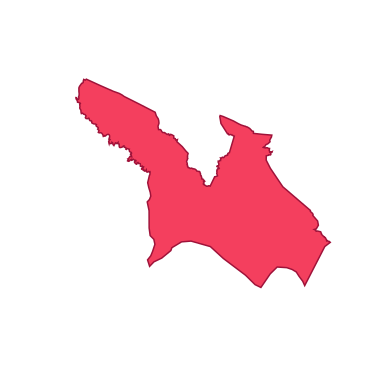 outline of Biakoye, Volta, Ghana, rotated 295°
{"feature_id": "2480657B27736636353654", "entity_name": "Biakoye", "entity_type": "district", "adm_level": 2, "iso_a3": "GHA", "parent_name": "Ghana", "parent_adm1": "Volta", "projection": "orthographic", "projection_center": [0.354, 7.392], "detail": "fine", "context": "isolated", "style": "filled", "palette": "rose", "viewbox_px": 384, "rotation_deg": 295, "n_neighbors": 0, "source": "geoboundaries", "source_scale": "gbopen_adm2", "svg_char_len": 6032}
<svg xmlns="http://www.w3.org/2000/svg" viewBox="0 0 384 384"><g transform="rotate(295 192 192)"><path d="M249.6,48.5L249.1,48.4L248.3,48.0L248.3,46.3L246.4,46.6L246.0,46.9L245.2,47.1L244.1,46.5L243.9,46.1L240.2,45.4L238.5,45.5L235.0,47.2L233.4,48.2L231.6,48.9L230.5,48.9L229.5,49.7L228.4,50.0L227.9,49.9L227.7,49.4L227.9,48.7L228.7,47.5L228.5,46.9L227.8,47.3L227.1,48.0L226.7,48.8L225.7,49.9L225.0,50.3L225.4,52.5L225.1,53.4L224.6,53.4L224.2,53.1L223.7,53.3L222.4,54.2L220.8,54.7L220.2,55.2L219.2,56.7L217.1,57.9L216.3,58.6L217.2,59.5L216.7,61.1L217.0,62.3L216.3,63.7L215.9,63.9L214.6,63.8L214.1,64.2L213.8,65.0L214.4,66.6L215.3,67.2L215.2,67.6L213.8,68.8L213.5,69.7L214.0,70.4L213.7,71.2L212.6,71.8L212.2,72.2L212.2,74.2L212.8,75.9L212.7,76.9L211.9,76.8L211.1,77.6L211.0,78.7L210.7,79.8L210.0,80.1L209.1,79.9L208.4,81.7L206.4,81.9L206.4,82.9L207.2,84.4L207.1,85.5L206.4,86.7L205.7,87.5L206.0,88.6L205.0,88.0L204.9,88.1L205.4,88.4L205.8,89.5L206.6,90.1L207.7,90.4L208.8,91.5L208.9,92.1L208.8,92.8L208.3,93.4L206.9,94.2L205.7,94.1L204.9,95.5L204.4,94.6L203.4,95.3L202.6,95.1L202.0,95.6L201.5,95.8L200.7,96.5L201.7,96.3L201.2,97.1L201.6,98.1L202.5,98.8L203.2,98.4L203.2,99.1L201.6,100.4L201.1,101.6L201.9,101.6L203.4,101.9L204.1,101.8L204.4,102.1L204.1,103.3L205.7,104.0L204.5,104.5L204.6,105.8L202.9,106.5L201.8,107.5L202.1,108.5L203.1,109.7L204.8,110.4L205.0,110.9L204.3,111.0L204.0,111.6L204.0,112.2L204.2,112.3L204.3,113.0L203.6,113.8L202.9,113.9L202.9,114.6L203.9,114.7L204.2,116.0L204.0,116.8L204.2,117.1L203.7,117.2L202.4,118.2L202.2,118.5L202.2,120.3L201.5,120.3L201.3,120.8L200.4,120.3L200.0,120.4L199.8,120.7L200.1,121.1L198.4,122.5L198.0,120.8L195.8,120.4L194.8,120.5L194.7,120.0L193.9,120.8L193.8,120.5L193.0,120.4L192.9,121.3L193.6,122.2L193.8,122.3L194.5,122.3L195.6,122.9L196.1,123.3L195.9,123.7L195.2,123.5L195.1,123.8L195.5,124.3L196.5,124.4L196.9,124.9L196.4,126.8L196.9,127.3L196.9,127.8L196.6,128.1L195.5,127.3L195.0,127.1L194.4,127.5L193.7,129.6L193.8,130.1L194.0,130.2L195.5,129.9L196.0,130.7L195.2,131.5L195.6,132.1L195.8,133.2L193.6,134.3L193.8,135.3L194.5,136.1L194.1,136.6L194.3,137.5L193.4,137.5L192.5,136.5L191.6,136.5L191.4,136.7L191.9,137.5L192.0,138.2L191.2,138.4L191.2,139.3L191.5,139.6L190.9,140.0L191.0,140.5L191.4,140.9L192.8,141.2L191.3,142.1L191.0,142.8L191.2,143.2L192.3,144.1L192.0,144.8L192.7,145.3L192.5,145.6L189.8,146.5L189.0,146.4L181.7,147.9L177.9,150.8L173.9,154.4L170.8,156.4L167.2,156.6L164.1,155.6L156.9,161.0L141.2,168.4L134.8,172.5L133.0,177.4L128.9,180.5L121.4,181.4L116.7,181.6L111.7,180.4L106.7,185.0L112.6,187.0L119.3,192.5L130.0,197.6L133.0,197.3L142.4,203.6L147.1,211.9L150.3,231.7L145.0,248.5L139.2,275.7L134.7,288.3L134.6,294.8L150.9,297.5L160.0,300.9L163.5,309.9L164.1,315.5L163.6,320.3L160.8,324.7L157.9,330.1L154.8,333.7L198.7,335.4L204.8,338.6L205.2,337.4L204.9,337.2L205.0,336.4L204.9,336.0L205.2,335.4L204.6,334.7L205.5,334.1L205.9,333.7L206.0,333.2L206.9,332.3L207.0,332.1L206.8,331.3L207.2,331.1L207.4,330.9L207.3,330.2L208.4,327.2L209.1,326.9L209.2,326.5L210.2,325.7L210.3,325.2L209.7,322.3L208.9,321.1L209.5,320.5L209.6,320.1L209.7,318.6L211.1,320.2L215.3,320.6L218.8,318.1L221.8,311.4L222.5,311.4L223.5,310.4L224.4,307.5L225.3,307.1L235.1,272.1L246.6,253.0L252.2,245.8L256.2,244.0L257.5,245.7L258.2,245.9L258.5,247.1L258.9,247.5L259.3,247.6L259.9,247.1L261.0,247.0L261.7,247.7L262.4,247.6L262.1,247.4L261.8,246.4L261.0,245.5L261.7,245.1L262.3,244.4L264.2,243.9L263.8,242.7L264.0,241.9L263.8,241.1L263.0,240.0L262.5,237.7L263.0,237.8L263.9,238.8L265.3,238.8L266.1,239.0L267.8,240.4L270.5,241.5L271.7,240.6L272.8,240.5L273.5,240.7L274.8,240.6L275.2,240.8L277.3,240.3L273.9,231.1L271.1,222.9L272.9,222.0L272.6,220.7L272.8,220.4L274.0,217.4L274.3,214.5L274.0,213.6L274.2,212.8L274.0,212.3L273.5,208.3L273.5,205.4L273.9,199.6L273.6,188.3L273.2,185.2L272.1,185.3L266.3,189.3L259.8,199.5L260.2,200.2L259.6,200.6L259.4,201.5L260.1,202.2L260.5,202.9L260.5,203.6L260.4,203.9L260.7,204.6L260.3,205.7L260.5,206.7L243.4,209.3L243.0,208.8L242.1,208.2L240.6,208.7L240.1,208.3L240.1,208.0L239.7,207.9L239.5,207.4L238.3,206.5L237.7,206.4L237.4,206.5L236.6,206.2L236.3,205.5L236.4,204.9L236.2,204.7L235.2,204.3L235.0,204.0L234.9,203.5L234.2,204.2L233.5,204.1L232.6,204.6L232.2,203.9L231.6,203.7L231.1,202.7L230.1,203.1L229.1,204.2L227.8,204.9L226.9,204.7L226.4,203.8L225.6,203.8L225.5,204.6L225.7,204.8L225.7,205.1L225.5,205.8L225.0,206.0L224.9,206.6L224.4,206.5L223.8,205.4L222.3,205.3L222.2,205.6L220.8,205.9L220.1,206.5L219.1,206.6L218.3,207.6L217.4,208.3L215.8,206.8L215.4,206.1L205.1,206.0L205.1,205.6L204.9,205.3L204.9,204.9L204.5,204.5L204.5,204.1L203.8,203.7L203.3,202.6L203.7,201.6L203.5,200.7L204.0,199.9L203.7,199.3L203.9,199.0L204.3,198.8L204.8,199.1L205.2,199.0L205.3,198.7L205.8,198.7L206.0,198.4L206.4,198.6L206.6,198.2L207.0,198.6L207.0,198.3L207.4,198.3L207.4,198.0L207.8,197.6L207.7,197.3L208.3,196.5L208.1,196.1L208.2,195.9L208.0,195.2L208.9,194.9L209.7,194.3L210.1,193.7L210.6,193.5L210.9,192.6L212.4,191.8L212.7,191.3L213.5,190.7L213.7,190.1L213.7,189.7L213.4,189.4L213.3,188.5L213.0,187.6L213.7,186.5L214.0,185.1L213.8,183.9L213.4,183.1L213.6,182.8L213.4,182.1L213.5,181.6L212.5,180.3L212.8,179.8L212.7,179.2L212.5,178.2L213.0,177.8L213.1,177.3L213.6,177.3L214.5,176.2L214.8,175.9L215.1,176.1L216.0,175.5L217.3,174.2L218.3,174.0L219.3,174.2L219.9,173.8L220.7,174.0L221.3,173.3L222.3,173.0L222.5,172.7L222.8,172.7L223.6,172.4L224.9,172.3L225.4,172.1L226.5,169.2L229.0,164.0L231.2,157.0L233.3,156.6L232.2,155.5L232.4,155.1L233.3,154.3L233.0,153.0L233.1,152.7L233.7,152.6L234.1,152.2L234.9,151.9L235.3,151.6L235.2,150.7L235.4,149.5L235.2,148.8L235.3,148.4L233.8,147.7L233.9,147.2L234.6,146.8L234.8,146.3L234.5,146.1L234.2,145.5L233.7,145.3L233.6,144.9L234.2,142.7L234.0,142.4L234.2,141.7L233.5,140.4L234.1,138.8L234.9,138.1L235.2,136.9L234.4,135.3L237.2,133.4L240.4,133.0L242.6,131.7L244.1,130.4L245.9,127.5L248.7,124.9L249.4,107.2L249.9,90.1L250.4,87.6L250.6,84.4L250.0,78.0L249.7,63.5L249.6,48.5Z" fill="#f43f5e" stroke="#9f1239" stroke-width="1.5"/></g></svg>